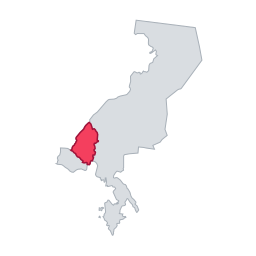 Uzbekistan, with Kashkadarya highlighted, rotated 94°
{"feature_id": "UZB-361", "entity_name": "Kashkadarya", "entity_type": "Region", "adm_level": 1, "iso_a3": "UZB", "parent_name": "Uzbekistan", "parent_adm1": "", "projection": "equal_earth", "projection_center": [66.509, 38.762], "detail": "fine", "context": "in_parent", "style": "filled", "palette": "rose", "viewbox_px": 256, "rotation_deg": 94, "n_neighbors": 0, "source": "natural_earth", "source_scale": "10m", "svg_char_len": 6009}
<svg xmlns="http://www.w3.org/2000/svg" viewBox="0 0 256 256"><g transform="rotate(94 128 128)"><path d="M205.1,113.5L209.0,111.6L211.3,112.9L211.5,113.6L209.1,115.0L206.9,115.8L206.2,117.5L204.1,118.3L201.9,120.8L198.5,123.3L198.5,123.8L198.8,124.2L199.9,124.5L202.2,125.9L204.4,125.1L205.0,125.3L205.6,126.1L206.2,128.4L207.2,129.0L210.4,130.2L212.8,130.2L214.0,130.7L214.2,127.1L215.2,127.6L216.3,127.2L216.7,125.5L216.4,124.4L217.2,123.8L217.6,124.2L217.7,125.2L218.9,125.9L219.7,127.6L220.0,129.5L222.2,130.0L223.0,129.6L223.6,129.8L224.0,132.3L224.3,132.5L226.2,132.0L228.0,133.0L230.0,134.9L232.2,135.0L232.7,135.3L234.2,135.0L236.0,135.6L236.1,135.9L235.8,136.3L231.6,138.5L230.4,140.1L229.5,140.6L226.9,139.7L226.5,140.7L227.0,141.6L226.4,142.6L225.1,142.3L224.8,141.8L223.6,142.0L222.1,143.6L221.4,145.0L220.0,145.4L218.1,146.8L217.3,145.7L215.9,145.8L214.1,144.7L213.2,144.5L204.9,146.0L204.3,145.8L203.4,143.9L201.3,142.9L201.4,142.0L205.5,138.2L206.0,137.0L204.6,136.4L204.8,135.4L202.0,132.3L201.5,132.1L201.1,132.3L200.2,134.5L192.9,138.4L191.8,138.0L190.2,136.6L189.1,136.1L187.8,137.3L187.9,138.8L186.5,139.9L187.8,143.9L187.7,144.4L186.8,144.5L187.5,146.0L186.9,146.2L183.4,145.6L179.3,146.5L179.4,147.2L183.1,147.0L183.6,147.3L183.7,147.8L183.5,148.1L181.5,148.5L181.4,149.1L182.4,150.9L181.9,151.2L181.2,150.9L180.7,152.1L179.5,152.0L178.8,155.4L177.8,156.6L176.5,157.2L167.8,155.6L165.6,156.7L164.1,158.2L163.1,162.0L163.2,162.4L167.0,163.9L167.6,166.1L172.0,166.3L172.8,166.7L173.2,167.3L173.4,167.9L172.1,171.6L172.6,174.9L173.4,176.5L176.0,179.4L175.9,181.0L175.3,182.4L174.6,183.6L173.8,184.1L172.7,185.7L171.7,187.7L169.9,190.2L169.2,191.6L169.1,195.8L168.6,197.0L168.5,196.5L167.8,196.1L165.8,195.9L165.4,195.4L162.9,196.4L161.3,195.9L159.6,194.2L156.5,193.6L152.6,194.0L152.5,189.7L152.6,186.6L154.0,184.1L153.9,183.6L153.3,182.8L150.9,182.1L148.1,180.1L145.5,178.8L144.1,178.4L142.4,179.1L140.9,178.9L134.1,173.8L128.3,170.2L124.3,166.4L122.5,166.8L117.4,163.4L114.2,159.7L103.4,151.7L101.3,149.7L100.8,148.7L100.1,143.8L99.1,141.5L97.8,140.3L96.7,138.0L95.0,132.2L94.4,131.2L91.2,128.8L89.3,128.2L88.0,128.6L87.2,129.5L86.1,129.6L81.4,128.6L76.2,129.1L71.7,126.1L71.4,125.7L71.5,124.9L72.4,122.9L72.3,122.1L71.7,121.2L71.7,120.2L72.1,119.7L73.0,119.8L73.3,119.5L73.2,119.0L72.2,117.8L70.1,116.7L70.6,116.0L70.7,114.1L71.1,113.1L70.8,112.8L69.3,111.4L64.2,111.4L63.0,111.0L62.0,110.4L61.1,108.4L60.7,107.9L57.2,107.1L53.7,103.6L53.0,105.1L52.3,105.4L49.6,105.0L48.2,106.0L51.3,109.6L52.0,110.7L52.0,111.4L51.0,111.5L50.2,109.7L49.7,109.3L46.5,108.3L45.5,109.4L45.1,110.8L43.6,113.2L42.0,113.6L38.2,113.7L37.0,114.2L36.2,114.9L34.7,117.0L32.7,118.6L33.1,125.3L34.3,126.9L33.0,128.4L19.9,127.4L23.2,67.9L41.9,62.4L55.2,59.0L84.6,77.5L85.3,78.2L85.7,79.8L86.4,81.1L96.4,92.0L111.5,89.8L126.8,91.0L132.6,88.4L137.1,93.2L139.8,94.9L143.6,102.0L147.3,100.1L146.7,108.5L146.3,111.1L146.2,116.2L152.3,116.3L153.6,124.6L154.9,129.8L156.3,130.4L167.9,129.6L168.7,130.0L170.4,129.5L171.5,131.1L172.6,132.2L171.8,135.9L173.3,137.3L176.5,139.0L178.5,139.0L178.9,138.3L178.8,137.5L178.3,136.6L178.3,135.5L178.6,134.8L180.5,132.0L183.6,129.3L184.3,128.4L184.6,126.7L185.7,125.7L188.4,124.6L188.8,123.8L192.0,121.6L195.7,120.3L197.4,119.2L199.0,117.1L201.3,115.0L202.2,114.9L202.9,115.6L203.5,115.7L205.1,113.5ZM204.7,133.8L204.2,132.7L203.6,132.3L203.4,132.5L204.3,133.8L204.7,133.8ZM212.1,151.1L209.6,151.1L210.0,149.4L209.1,148.7L208.9,147.9L209.1,147.1L209.7,146.8L210.4,148.0L212.3,148.5L211.7,149.7L212.2,150.9L212.1,151.1ZM219.4,149.4L219.0,150.9L217.9,150.2L218.1,149.8L219.4,149.4Z" fill="#d9dde1" stroke="#a8b0b8" stroke-width="1"/><path d="M163.2,161.2L163.2,161.3L163.1,161.5L163.1,162.4L163.5,162.7L165.0,163.3L166.1,163.3L166.6,163.5L166.7,163.8L166.8,163.8L167.1,163.8L167.3,164.0L167.3,164.3L167.2,165.6L167.3,166.0L167.1,166.2L166.9,166.3L165.9,166.3L165.6,166.4L165.5,166.5L165.4,166.6L165.3,166.9L165.3,167.0L165.4,167.4L165.5,168.0L165.8,168.6L165.8,168.8L165.8,169.0L165.7,169.2L165.7,169.3L165.8,169.4L165.8,169.5L165.8,169.8L165.8,170.0L165.6,170.4L165.6,170.5L165.5,171.0L165.4,171.1L165.1,170.8L165.0,170.7L164.9,170.7L164.7,170.6L164.3,170.6L164.1,170.6L163.9,170.7L163.8,170.8L163.7,170.9L163.7,171.0L162.9,172.5L162.6,172.9L162.4,173.0L162.2,173.1L161.7,173.3L161.6,173.5L161.3,174.0L160.8,174.4L160.7,174.5L160.6,175.0L160.4,175.9L160.3,176.3L160.1,176.6L158.7,177.7L158.0,178.2L157.8,178.2L157.4,178.3L157.2,178.5L157.0,178.9L156.8,179.2L156.8,179.4L156.7,179.6L156.6,179.8L156.5,180.0L155.0,181.5L154.9,181.7L154.8,181.9L154.7,182.6L154.6,182.8L154.4,183.2L154.1,183.5L153.9,183.0L153.5,182.7L153.0,182.5L152.5,182.3L151.5,182.3L151.1,182.2L149.8,181.6L149.2,180.8L148.9,180.4L148.4,180.2L147.6,180.0L146.8,179.3L146.4,179.1L145.6,179.0L144.3,178.3L143.9,178.3L143.5,178.4L142.9,178.9L142.6,179.1L141.7,179.2L140.8,178.9L138.7,177.4L137.4,176.5L135.7,175.3L134.5,174.2L132.8,172.6L132.0,172.0L130.1,171.3L128.5,170.4L125.8,168.0L125.1,167.1L125.3,166.8L126.4,165.5L127.1,165.1L128.8,164.4L129.5,164.1L131.6,163.4L131.8,163.2L131.7,162.9L131.3,162.3L131.2,162.2L131.1,161.9L131.1,161.7L131.3,161.4L132.3,160.3L132.5,160.2L132.8,160.2L133.1,160.0L134.4,158.7L135.0,158.3L136.2,158.0L136.5,157.8L141.9,157.9L142.0,157.9L142.3,157.8L142.6,157.6L142.7,157.4L142.7,157.2L142.7,156.9L142.9,156.7L143.0,156.7L143.4,156.7L143.5,156.8L143.8,157.0L143.9,157.6L144.0,157.8L144.2,158.0L144.8,158.6L145.2,158.9L145.5,159.2L145.6,159.3L145.6,159.6L145.6,159.9L145.6,160.0L145.6,160.3L145.8,160.5L146.6,160.7L147.1,160.7L147.3,160.6L147.5,160.4L148.7,159.8L148.8,159.8L150.6,159.4L150.9,159.4L151.2,159.6L152.0,160.2L152.2,160.3L152.3,160.4L153.4,160.0L153.5,159.8L153.9,159.2L154.0,159.1L154.3,158.9L154.5,158.8L155.7,159.0L156.8,159.2L157.1,159.3L157.3,159.8L157.4,160.0L157.3,160.5L157.3,160.8L157.4,161.0L157.5,161.1L157.8,161.1L159.2,161.1L159.3,161.0L159.5,160.9L159.5,160.7L159.5,160.4L160.2,160.4L163.2,161.2Z" fill="#f43f5e" stroke="#9f1239" stroke-width="1.5"/></g></svg>